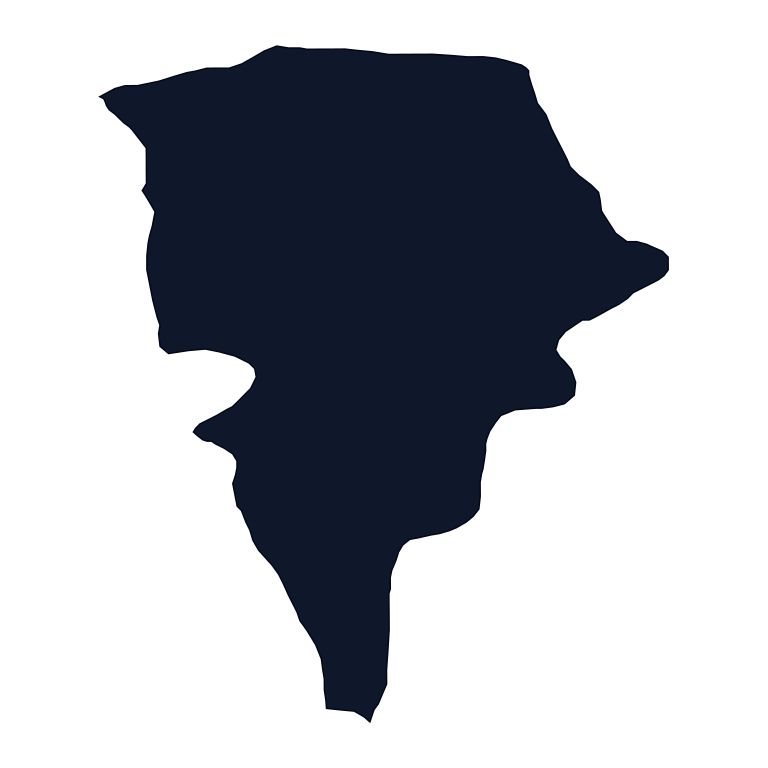 Owo, Ondo, Nigeria (orthographic projection)
{"feature_id": "59680162B88663407419721", "entity_name": "Owo", "entity_type": "district", "adm_level": 2, "iso_a3": "NGA", "parent_name": "Nigeria", "parent_adm1": "Ondo", "projection": "orthographic", "projection_center": [5.559, 7.096], "detail": "fine", "context": "isolated", "style": "filled", "palette": "ink", "viewbox_px": 768, "rotation_deg": 0, "n_neighbors": 0, "source": "geoboundaries", "source_scale": "gbopen_adm2", "svg_char_len": 2691}
<svg xmlns="http://www.w3.org/2000/svg" viewBox="0 0 768 768"><path d="M193.4,432.0L197.3,435.5L202.9,439.8L207.2,441.2L211.4,441.1L215.7,444.0L224.2,448.2L232.7,453.8L237.0,460.9L237.0,467.9L235.6,475.0L232.8,483.6L237.2,506.2L241.5,510.5L245.8,521.8L250.0,530.3L252.9,540.2L258.6,550.1L268.6,561.3L271.4,564.2L278.5,574.0L282.8,582.5L288.6,595.3L297.1,612.2L300.0,620.7L307.1,630.6L315.7,644.7L321.4,658.9L322.9,670.2L324.3,678.7L324.4,685.5L324.4,690.0L325.9,700.0L326.5,708.4L342.3,710.0L354.2,711.1L364.1,716.8L369.9,721.9L374.0,709.6L378.2,703.9L386.6,684.0L386.5,669.9L387.8,651.4L389.1,630.1L389.0,611.7L388.9,599.0L388.9,593.3L390.3,589.0L390.2,577.7L391.6,570.6L395.8,560.6L398.5,552.1L402.7,545.0L409.8,539.3L418.2,537.8L430.9,534.9L439.4,533.5L449.3,530.6L456.3,527.7L466.2,522.0L473.2,516.2L478.8,509.1L480.2,496.4L480.1,482.2L481.5,473.7L482.8,469.4L484.2,460.9L485.4,451.9L485.6,451.0L485.5,443.9L486.9,438.2L489.7,431.1L495.3,422.5L500.9,415.4L508.0,412.6L515.0,409.7L536.2,408.1L541.8,408.1L553.1,406.6L564.4,403.7L574.3,395.2L575.6,382.4L571.3,369.6L564.2,361.2L559.9,357.0L555.6,349.9L558.4,340.0L558.8,339.4L565.4,331.4L578.1,322.8L582.3,320.0L589.4,319.9L597.8,315.6L610.5,308.5L618.9,304.2L627.4,298.4L633.0,292.7L638.6,289.9L658.3,279.8L664.0,275.5L668.2,269.8L668.1,257.1L662.4,251.4L649.7,245.8L646.8,244.4L636.9,241.7L627.0,241.7L615.7,233.3L609.5,223.7L602.9,213.5L601.4,210.7L600.0,199.4L598.5,192.3L591.4,185.2L578.6,175.4L572.7,169.5L571.1,167.9L570.1,166.9L567.2,159.8L563.0,151.4L557.2,140.1L551.5,128.8L548.7,121.7L545.8,114.6L537.3,103.3L534.4,93.4L531.5,84.9L528.6,75.0L528.6,70.8L525.8,67.9L521.5,65.1L507.4,61.0L496.0,58.2L483.3,56.8L467.8,56.9L452.3,55.6L432.5,54.3L407.1,54.4L388.7,54.5L372.6,51.9L371.7,51.8L357.6,50.5L344.9,49.1L331.8,49.2L326.5,49.2L306.8,49.3L299.7,48.0L288.4,48.0L276.8,46.1L264.4,51.0L254.6,56.7L241.9,63.9L229.2,68.2L220.5,68.2L217.9,68.2L206.6,68.3L200.1,70.0L195.3,71.2L186.9,72.7L177.0,75.6L172.4,77.0L158.7,81.3L144.6,84.2L137.5,85.7L133.3,85.7L124.8,85.8L114.9,88.6L99.8,96.7L103.7,98.6L105.1,101.5L106.6,105.7L109.4,109.9L115.1,114.2L117.9,117.0L123.6,122.6L129.3,126.8L132.1,129.7L146.3,148.0L146.4,157.9L146.4,170.7L146.5,183.5L142.3,190.6L145.1,194.8L149.4,201.9L155.1,211.8L153.7,218.9L152.4,226.0L149.6,235.9L148.2,243.0L147.0,254.7L146.9,255.8L146.9,269.9L147.0,270.4L153.0,300.8L157.1,316.7L160.0,325.2L158.6,333.7L160.1,346.4L168.6,353.5L178.5,352.0L188.3,350.5L205.3,349.0L219.4,351.8L235.0,356.0L249.1,363.0L254.8,368.6L256.3,377.1L250.7,388.5L243.7,395.6L239.5,399.9L232.4,406.8L226.7,409.7L216.9,415.4L208.4,419.7L199.9,424.0L195.7,428.3L193.4,432.0Z" fill="#0f172a" stroke="#020617" stroke-width="1.5"/></svg>